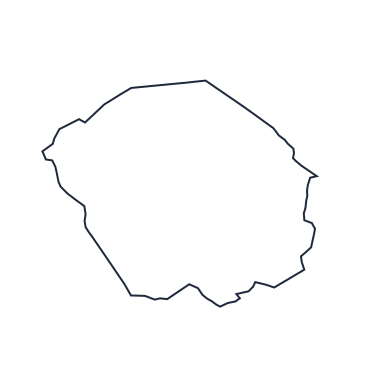 Lagoa dos Gatos, Pernambuco, Brazil (Albers equal-area conic projection), rotated 54°
{"feature_id": "56859067B58434745416695", "entity_name": "Lagoa dos Gatos", "entity_type": "district", "adm_level": 2, "iso_a3": "BRA", "parent_name": "Brazil", "parent_adm1": "Pernambuco", "projection": "albers", "projection_center": [-35.881, -8.68], "detail": "fine", "context": "isolated", "style": "outline", "palette": "slate", "viewbox_px": 384, "rotation_deg": 54, "n_neighbors": 0, "source": "geoboundaries", "source_scale": "gbopen_adm2", "svg_char_len": 1108}
<svg xmlns="http://www.w3.org/2000/svg" viewBox="0 0 384 384"><g transform="rotate(54 192 192)"><path d="M252.5,81.8L235.1,88.0L228.4,89.7L224.0,90.4L220.4,86.6L216.5,84.5L209.3,86.1L204.3,86.3L197.3,88.5L188.3,88.6L153.9,99.9L118.2,112.6L109.9,115.5L104.2,125.3L101.2,130.6L72.1,180.0L71.0,191.7L69.6,211.5L72.9,237.7L66.7,240.6L63.2,262.4L67.9,272.2L71.2,276.3L71.2,282.7L71.2,289.1L79.8,291.1L84.3,286.5L91.3,287.7L97.7,290.5L105.5,294.1L110.4,295.1L119.9,293.7L131.2,290.3L140.1,287.4L147.5,291.2L152.4,296.0L157.9,298.7L164.0,299.1L168.4,299.0L199.4,299.9L227.2,300.8L239.8,302.2L248.3,291.2L257.2,285.3L259.3,280.3L264.1,275.0L265.0,248.5L273.3,243.7L281.3,244.0L287.0,242.5L292.0,240.2L297.4,238.5L301.3,236.6L302.8,228.4L306.1,221.1L306.1,215.8L300.7,216.1L302.4,212.0L305.6,204.6L304.5,198.2L302.1,193.8L310.8,186.4L317.6,181.6L320.8,146.8L313.2,144.4L308.1,141.7L307.5,134.8L306.8,128.2L302.7,123.6L299.2,119.6L294.1,114.1L287.5,113.3L280.9,117.7L275.0,114.1L271.5,109.5L266.5,105.0L262.9,101.0L258.2,97.9L254.4,94.1L249.9,88.0L252.5,81.8Z" fill="none" stroke="#1e293b" stroke-width="2"/></g></svg>